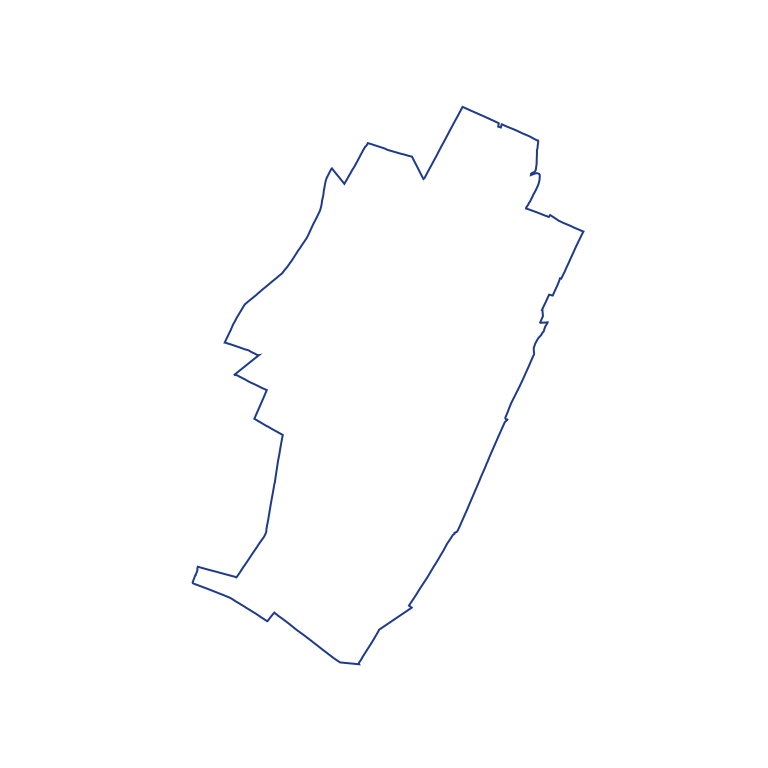 Sabaoani, Neamt, Romania, rotated 50°
{"feature_id": "2599482B80747652293453", "entity_name": "Sabaoani", "entity_type": "district", "adm_level": 2, "iso_a3": "ROU", "parent_name": "Romania", "parent_adm1": "Neamt", "projection": "orthographic", "projection_center": [26.881, 47.007], "detail": "fine", "context": "isolated", "style": "outline", "palette": "blue", "viewbox_px": 768, "rotation_deg": 50, "n_neighbors": 0, "source": "geoboundaries", "source_scale": "gbopen_adm2", "svg_char_len": 6141}
<svg xmlns="http://www.w3.org/2000/svg" viewBox="0 0 768 768"><g transform="rotate(50 384 384)"><path d="M582.7,583.2L582.3,583.1L581.6,582.6L581.2,581.5L580.8,579.8L580.0,577.4L579.6,576.7L573.9,558.7L570.8,549.9L569.1,545.6L570.4,533.0L572.6,512.1L573.1,506.9L573.1,506.6L569.8,507.3L566.3,495.4L563.8,487.9L559.9,474.8L555.4,462.0L555.0,460.4L554.5,458.9L554.1,457.8L552.5,453.2L551.2,449.6L549.8,445.5L547.7,440.4L546.9,438.3L545.6,433.6L544.0,428.5L543.9,427.8L544.1,426.6L544.0,426.2L543.6,426.0L543.5,425.8L543.3,425.6L543.5,425.1L544.0,423.5L544.1,423.1L543.9,422.6L543.5,421.3L541.7,417.5L538.0,410.0L535.4,404.7L534.6,403.0L533.7,401.2L532.0,397.9L525.9,385.8L520.4,375.0L519.0,372.2L517.9,370.3L515.2,364.8L513.0,360.3L510.7,356.1L510.5,355.4L506.9,348.6L497.9,330.4L492.4,319.1L490.8,315.8L490.8,312.9L490.6,312.4L490.2,312.6L489.8,313.0L489.3,313.2L488.8,313.2L488.3,313.1L487.9,312.9L484.7,306.7L483.9,305.4L481.3,300.6L480.1,298.2L476.8,290.5L473.4,282.6L470.3,275.8L462.8,260.3L461.7,258.2L457.4,249.4L457.4,249.5L456.7,249.1L454.7,247.8L452.9,246.3L452.1,245.4L451.2,243.6L450.4,242.5L449.0,239.1L448.0,236.1L447.8,234.5L447.6,232.4L447.3,231.5L447.1,231.1L446.7,230.0L446.5,229.1L446.4,228.3L446.3,227.7L445.9,227.2L444.8,225.5L443.5,223.3L443.3,222.3L443.0,221.6L442.6,220.6L442.3,219.4L441.8,219.0L441.0,220.5L439.9,221.8L438.5,223.7L437.7,224.8L437.4,224.9L436.7,223.7L434.2,218.6L429.3,215.2L428.9,215.5L427.2,212.0L425.4,207.9L421.7,200.1L424.6,198.0L424.7,197.9L424.6,197.6L423.9,196.3L420.0,188.1L418.8,185.7L417.7,183.7L416.2,181.2L417.2,180.5L415.2,176.0L413.9,172.9L412.5,170.3L409.8,164.4L408.8,162.4L402.0,148.2L399.3,142.2L396.5,135.9L395.4,133.2L394.1,134.0L392.2,134.9L389.7,136.2L386.1,138.0L382.5,139.6L376.4,142.8L371.0,145.3L368.0,146.1L361.4,148.1L362.0,150.4L359.8,151.6L357.7,152.8L355.7,153.9L351.9,155.9L344.1,160.4L341.9,161.7L340.9,162.4L340.2,161.6L340.0,160.5L339.7,159.6L339.1,157.8L338.4,156.4L338.2,155.1L338.1,154.8L337.4,153.3L335.6,149.2L335.0,148.2L333.9,145.1L333.2,143.4L331.6,140.0L330.6,137.9L329.4,136.0L327.9,134.0L326.7,132.8L325.6,131.7L324.6,130.8L324.1,130.4L323.2,130.2L322.8,130.1L321.2,131.0L320.5,131.7L319.6,133.6L318.4,137.2L317.4,136.0L317.5,135.2L318.1,133.3L318.1,131.4L317.5,130.0L315.9,128.3L315.0,127.3L313.8,125.9L311.3,123.7L306.8,119.6L304.2,117.4L303.4,116.7L302.8,116.0L302.1,114.9L301.4,114.2L300.8,113.7L299.5,112.2L298.1,110.7L297.2,109.8L296.7,109.6L296.4,109.6L296.4,109.9L295.9,110.1L294.0,110.9L287.9,113.3L286.1,114.2L284.5,115.0L280.9,116.9L276.4,118.9L274.8,119.7L272.9,120.6L267.5,123.5L264.4,125.1L261.8,126.3L260.7,126.9L262.6,129.6L260.2,131.1L259.5,130.2L258.1,128.5L257.0,128.9L250.6,131.9L241.4,136.3L237.8,138.1L230.1,141.9L225.7,144.0L222.2,145.7L226.0,155.0L228.4,161.3L230.3,166.0L231.3,168.5L235.0,177.6L237.4,183.5L238.2,185.7L239.1,187.9L242.6,196.3L248.3,210.7L250.2,215.5L252.3,220.5L252.3,222.0L249.3,221.4L248.1,221.1L246.4,220.7L237.8,218.7L234.1,217.9L230.7,217.1L227.8,216.4L224.9,218.6L221.8,220.6L218.1,223.3L215.0,225.4L207.8,230.2L206.4,231.1L204.7,231.7L198.4,235.6L196.7,236.7L192.0,239.6L191.3,240.1L189.1,241.5L189.8,243.2L190.2,244.8L190.1,245.7L190.4,246.6L190.9,248.0L191.5,249.6L192.8,252.9L196.4,261.7L198.2,266.3L199.0,268.5L199.3,269.8L200.0,271.7L201.0,274.2L201.8,276.6L202.4,278.1L203.5,281.0L205.0,285.2L205.2,285.7L194.1,285.5L191.3,285.5L185.3,285.3L185.3,285.5L185.6,286.6L186.5,288.8L189.1,295.0L189.7,296.1L190.3,297.2L192.2,299.7L193.6,301.4L195.5,303.7L197.1,305.7L198.0,306.6L199.2,307.9L200.3,309.1L201.3,310.3L202.4,311.9L203.0,312.5L203.7,313.6L205.0,314.9L207.3,317.6L208.5,319.3L209.4,320.6L210.3,322.1L211.5,324.8L213.4,329.0L215.3,333.6L216.0,335.3L217.5,338.5L218.8,341.2L220.1,344.0L221.3,346.5L222.5,349.4L223.0,351.2L223.4,352.5L224.2,355.4L225.4,359.6L225.8,360.7L226.0,361.3L226.4,363.3L226.6,364.0L226.9,365.0L227.5,366.7L227.9,368.1L229.0,371.5L229.4,372.7L230.5,376.5L230.8,378.0L231.6,380.8L232.2,383.2L232.5,385.3L232.8,386.8L233.1,388.3L233.5,389.9L233.7,390.3L233.7,391.0L233.7,392.2L233.7,393.9L233.6,394.5L233.6,394.9L233.7,398.1L233.6,403.3L233.6,410.1L233.6,413.6L233.5,415.0L233.6,423.1L233.7,424.5L233.5,435.6L233.6,439.3L233.5,439.5L234.5,442.3L236.5,448.2L237.9,452.2L238.6,454.3L240.0,457.5L241.3,461.1L242.1,462.7L243.2,464.9L244.0,466.4L245.9,470.7L247.8,474.9L249.9,479.4L250.5,478.9L251.4,478.3L253.0,477.4L254.9,476.1L257.8,474.3L260.0,473.0L263.1,471.1L265.6,469.7L267.3,468.7L268.2,468.2L270.1,466.7L271.0,466.2L271.9,465.8L273.3,465.4L275.7,464.4L277.3,463.6L278.3,463.2L280.0,462.6L281.2,461.8L281.5,461.3L281.3,468.3L281.1,478.4L280.9,486.1L280.8,492.5L281.3,492.5L282.6,491.1L285.8,489.8L291.2,487.5L295.1,486.1L297.6,485.0L301.1,483.3L303.2,482.4L305.8,481.2L307.9,480.4L313.3,477.7L316.6,484.1L322.8,496.6L325.3,501.7L327.0,505.1L327.3,505.7L334.0,503.3L340.3,501.1L341.1,500.9L341.4,500.5L346.3,498.8L358.0,494.3L362.2,499.5L365.7,503.7L371.6,510.6L374.2,513.9L386.0,527.3L389.1,530.7L389.6,531.4L390.2,532.4L391.3,533.6L394.5,537.4L401.3,545.6L405.0,550.0L413.4,559.8L416.6,563.7L416.8,564.1L418.2,565.7L419.6,567.3L420.2,567.9L421.7,569.4L422.5,570.9L423.1,572.2L424.1,574.6L425.0,578.3L426.1,582.5L427.0,585.3L429.5,594.3L430.8,598.6L432.8,605.5L434.0,610.0L436.0,616.5L437.3,621.2L437.3,621.4L436.0,622.0L426.5,628.7L419.4,633.6L414.5,637.1L407.7,641.8L404.3,644.1L404.8,644.8L405.4,645.6L406.8,646.7L409.0,650.6L409.4,651.2L409.2,651.5L413.0,658.2L413.3,658.3L413.8,658.4L415.0,657.9L418.5,655.9L424.0,652.8L429.9,649.5L436.0,646.2L438.1,645.1L442.2,642.8L445.0,641.4L447.5,640.0L448.9,639.4L450.3,638.8L453.5,637.8L455.3,637.3L457.7,636.4L462.5,634.8L465.0,633.9L466.0,633.7L477.6,629.8L482.2,628.5L490.6,626.0L490.8,625.7L489.5,620.0L488.6,615.0L489.6,614.9L490.3,614.7L490.8,614.5L491.6,614.3L492.7,614.2L493.3,614.1L498.1,612.8L501.3,612.1L503.8,611.5L504.7,611.3L506.0,611.0L510.6,610.1L513.0,609.6L514.3,609.4L515.6,609.1L517.4,608.7L524.5,606.9L531.6,605.3L539.9,603.5L547.6,601.9L561.4,598.8L566.4,597.4L567.9,596.9L568.4,596.8L568.7,596.7L568.9,596.7L569.5,596.2L571.0,594.7L582.7,583.2Z" fill="none" stroke="#1e3a8a" stroke-width="2"/></g></svg>